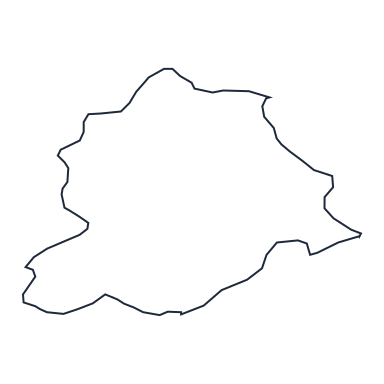 the district of Borås, Västra Götaland, Sweden
{"feature_id": "70781695B44475344779169", "entity_name": "Borås", "entity_type": "district", "adm_level": 2, "iso_a3": "SWE", "parent_name": "Sweden", "parent_adm1": "Västra Götaland", "projection": "robinson", "projection_center": [12.965, 57.764], "detail": "fine", "context": "isolated", "style": "outline", "palette": "slate", "viewbox_px": 384, "rotation_deg": 0, "n_neighbors": 0, "source": "geoboundaries", "source_scale": "gbopen_adm2", "svg_char_len": 1136}
<svg xmlns="http://www.w3.org/2000/svg" viewBox="0 0 384 384"><path d="M181.1,314.4L203.7,305.6L221.6,290.1L247.1,279.7L262.0,268.3L266.5,254.9L276.9,242.5L297.9,240.4L306.8,243.5L310.1,254.8L317.3,252.8L338.2,242.5L359.1,236.3L359.3,236.7L361.0,233.5L351.2,229.7L333.5,218.3L324.5,208.3L324.6,197.1L333.1,187.2L332.2,176.0L314.0,170.1L302.5,160.9L290.1,151.7L281.4,144.4L276.7,138.5L273.8,128.0L264.2,116.8L262.3,106.3L266.1,98.4L269.5,97.4L264.2,95.8L248.9,91.2L223.1,90.5L212.6,92.5L194.5,88.6L191.6,82.7L180.2,76.1L172.5,68.9L168.9,68.9L163.9,68.9L148.7,77.4L144.8,82.0L136.2,91.8L129.5,103.0L120.9,111.5L100.9,113.5L88.5,114.2L87.8,115.2L83.7,122.1L83.7,131.9L79.8,140.5L60.7,149.7L57.8,155.6L64.5,162.2L68.3,168.1L67.4,182.0L62.6,188.6L61.6,194.5L64.5,207.7L69.2,210.3L79.7,216.9L88.3,222.9L87.4,228.8L79.7,234.8L47.2,248.6L33.8,257.2L25.6,267.1L32.9,269.8L35.3,276.6L29.8,284.6L23.0,294.4L23.6,302.4L35.3,306.2L40.2,309.2L46.9,312.2L63.5,313.9L77.6,309.2L92.9,303.3L105.2,294.4L117.4,299.4L124.1,303.7L133.9,307.5L143.1,312.2L159.7,315.1L167.7,311.7L181.1,312.2L181.1,314.4Z" fill="none" stroke="#1e293b" stroke-width="2"/></svg>